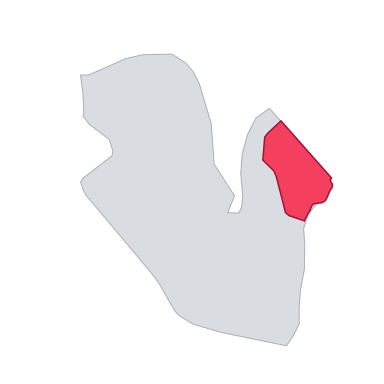 Ali Sabieh highlighted on a map of Djibouti, rotated 286°
{"feature_id": "DJI-1566", "entity_name": "Ali Sabieh", "entity_type": "Region", "adm_level": 1, "iso_a3": "DJI", "parent_name": "Djibouti", "parent_adm1": "", "projection": "mercator", "projection_center": [42.821, 11.228], "detail": "fine", "context": "in_parent", "style": "filled", "palette": "rose", "viewbox_px": 384, "rotation_deg": 286, "n_neighbors": 0, "source": "natural_earth", "source_scale": "10m", "svg_char_len": 1196}
<svg xmlns="http://www.w3.org/2000/svg" viewBox="0 0 384 384"><g transform="rotate(286 192 192)"><path d="M293.7,243.4L280.3,264.6L263.2,291.5L243.8,322.2L231.7,322.4L222.2,320.6L215.8,315.4L202.5,309.8L187.4,309.4L173.2,314.7L148.9,321.3L127.0,323.4L109.4,327.1L94.8,331.4L81.6,329.0L70.2,325.2L67.7,292.6L65.0,257.1L65.3,229.4L69.4,214.1L72.9,208.2L93.6,187.0L100.7,178.4L124.4,143.4L144.6,113.4L159.8,90.9L164.4,86.5L170.8,82.2L175.4,83.5L204.8,105.1L210.0,104.5L219.8,97.8L228.7,74.7L235.0,66.2L237.7,66.4L256.6,60.0L273.7,52.6L275.9,60.3L301.8,91.3L310.3,106.6L319.0,134.6L314.4,150.2L307.7,160.3L297.7,169.4L263.1,191.6L224.7,205.7L200.2,233.9L181.9,232.0L184.7,242.7L191.5,243.9L202.1,241.9L223.3,233.7L242.1,229.8L262.3,229.5L280.7,233.0L293.7,243.4Z" fill="#d9dde1" stroke="#a8b0b8" stroke-width="1"/><path d="M284.9,257.9L243.9,322.3L241.5,321.4L240.0,322.8L238.4,324.7L236.2,325.5L234.1,325.2L230.3,324.1L223.9,323.4L220.5,322.6L217.9,320.4L214.0,311.9L211.0,310.8L207.3,310.6L196.4,308.0L195.2,308.1L195.3,307.7L196.0,291.8L198.0,287.5L210.4,280.3L230.0,268.8L234.8,264.9L242.2,251.3L264.7,246.8L269.6,248.7L284.9,257.9Z" fill="#f43f5e" stroke="#9f1239" stroke-width="1.5"/></g></svg>